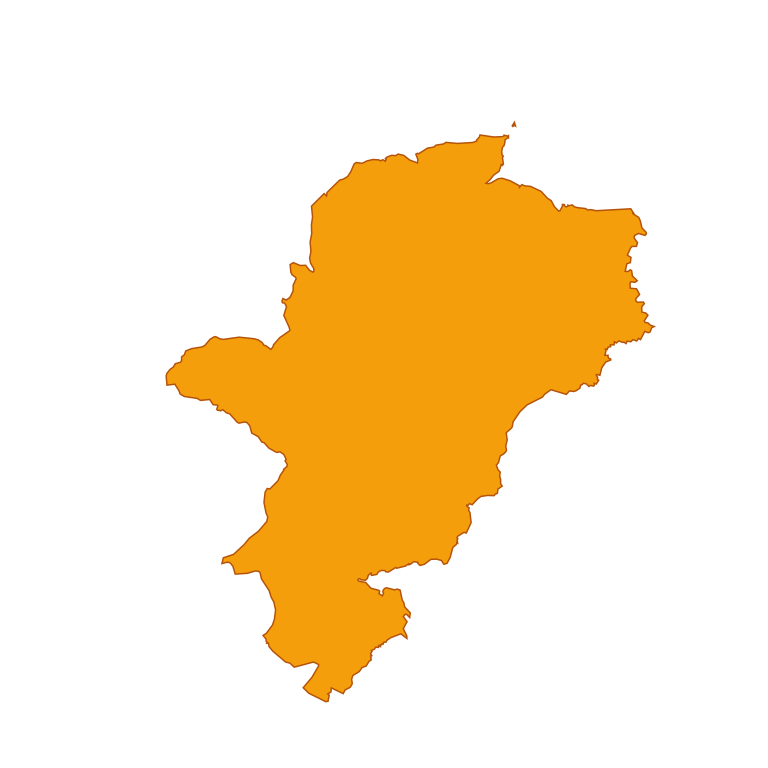 Moyamba, Southern, Sierra Leone, rotated 128°
{"feature_id": "65957751B35726846399821", "entity_name": "Moyamba", "entity_type": "district", "adm_level": 2, "iso_a3": "SLE", "parent_name": "Sierra Leone", "parent_adm1": "Southern", "projection": "orthographic", "projection_center": [-12.482, 8.03], "detail": "fine", "context": "isolated", "style": "filled", "palette": "amber", "viewbox_px": 768, "rotation_deg": 128, "n_neighbors": 0, "source": "geoboundaries", "source_scale": "gbopen_adm2", "svg_char_len": 6140}
<svg xmlns="http://www.w3.org/2000/svg" viewBox="0 0 768 768"><g transform="rotate(128 384 384)"><path d="M123.1,273.4L120.1,269.8L116.5,271.3L114.9,276.8L112.8,278.0L108.7,276.2L106.2,269.8L104.1,269.7L103.1,270.8L102.2,276.8L97.7,282.4L95.9,285.9L96.6,292.3L96.2,293.1L95.7,292.5L94.0,297.4L117.0,323.7L119.0,328.0L121.6,330.8L121.6,333.1L125.7,339.7L127.2,343.1L126.9,345.8L129.5,347.9L129.8,349.2L130.7,348.6L132.3,349.5L132.4,351.8L131.6,352.3L132.2,353.3L132.7,353.9L134.1,352.9L139.1,352.0L140.2,352.8L139.4,358.7L136.6,365.1L137.0,369.6L135.5,378.8L138.1,390.3L141.2,395.0L142.0,398.1L145.3,398.4L144.4,399.0L146.2,409.7L149.2,417.7L152.0,420.4L159.5,423.4L162.1,425.3L163.0,427.3L157.7,426.2L151.9,426.2L145.5,424.3L138.8,426.7L138.9,425.3L137.2,425.3L132.7,430.0L131.0,430.3L130.9,431.8L128.5,434.3L124.5,436.4L122.5,436.1L119.3,437.4L117.2,438.9L113.5,438.1L113.4,437.5L111.7,438.8L112.5,439.0L114.0,442.6L114.9,442.2L116.7,443.5L121.8,449.6L128.7,461.7L130.7,460.9L134.7,461.2L135.4,460.5L139.0,462.7L149.1,474.1L155.5,484.0L158.1,484.8L163.8,490.1L166.6,490.6L171.4,495.0L181.4,498.5L181.5,499.6L183.3,500.4L186.1,495.7L189.2,493.7L191.7,501.6L191.7,509.1L194.1,514.4L196.9,515.4L199.0,518.7L203.4,521.4L205.5,521.7L205.7,520.6L207.6,520.1L207.9,522.9L210.3,524.2L210.6,526.1L214.0,531.0L218.9,534.9L223.5,537.0L226.6,542.3L229.0,543.0L237.1,540.9L242.9,540.4L247.6,542.2L250.7,544.5L268.1,546.8L271.2,545.1L270.8,548.4L288.5,550.6L296.4,543.1L303.2,539.2L310.1,533.5L317.8,529.5L324.5,523.2L330.9,519.9L334.0,516.2L336.2,510.6L338.0,508.8L339.6,508.8L340.3,512.8L338.7,518.8L342.2,523.0L344.2,530.2L347.7,531.5L353.3,526.2L354.5,523.6L354.4,519.3L355.2,518.0L361.9,516.5L366.7,512.9L373.6,511.4L378.0,512.7L378.9,516.3L381.6,515.4L382.5,514.0L381.4,512.2L383.0,508.5L391.6,505.2L397.6,493.8L399.5,491.3L400.7,491.3L411.7,494.7L420.9,495.2L423.5,494.3L426.4,494.5L426.6,500.9L427.4,502.2L426.3,505.8L426.7,510.3L428.1,513.9L436.3,527.0L447.8,538.1L449.4,541.2L450.3,545.8L451.8,547.1L456.0,548.6L463.8,548.9L466.8,550.2L474.6,557.4L480.0,560.6L483.8,559.3L487.3,560.2L490.2,557.9L492.4,557.9L496.4,560.9L500.6,560.5L504.2,561.6L509.2,561.6L511.7,560.7L518.5,554.3L512.9,548.7L515.6,541.3L517.4,538.5L516.8,533.7L510.4,522.4L509.9,518.5L503.5,511.8L505.5,505.8L503.3,502.6L503.4,501.5L507.0,500.2L507.2,499.2L505.5,496.1L503.5,495.3L503.7,490.3L502.5,487.3L504.5,476.2L504.1,474.1L499.9,470.7L498.7,468.2L499.7,463.9L504.1,458.0L502.9,450.6L505.0,444.7L504.1,442.1L505.4,435.4L504.3,427.7L503.6,425.9L501.5,424.3L501.2,419.6L503.5,414.8L505.4,414.7L507.0,410.7L508.7,409.7L513.0,410.6L513.7,409.9L519.6,409.6L525.4,408.0L537.0,409.3L538.2,411.7L542.4,411.1L551.3,405.6L558.2,397.6L560.3,393.8L564.6,391.7L577.4,392.3L588.5,395.2L596.9,395.4L611.0,397.7L619.8,403.6L625.3,401.2L621.5,398.3L619.9,396.2L619.8,394.2L620.7,390.8L625.4,384.2L617.3,375.1L610.3,370.1L608.8,367.2L608.9,365.6L613.0,360.6L617.5,347.4L621.5,341.6L623.6,336.6L628.8,330.3L636.9,325.5L642.5,323.5L652.9,323.2L656.6,324.5L657.6,320.0L659.4,318.3L659.4,317.2L660.5,316.8L659.4,315.5L661.7,312.9L663.0,307.1L663.7,290.4L661.9,286.3L662.4,280.4L646.5,268.4L645.3,262.9L646.3,262.0L659.5,260.2L673.1,260.7L674.0,252.9L670.2,234.4L668.5,232.8L663.0,235.5L662.9,237.5L659.3,236.2L655.9,238.4L653.1,225.5L648.9,226.3L644.1,224.0L641.1,224.2L639.6,224.6L636.6,227.7L632.9,229.1L626.0,226.5L620.9,226.7L617.1,224.4L611.9,225.1L609.4,224.2L606.4,227.0L605.6,226.4L604.8,228.6L602.1,228.8L601.6,229.9L599.0,228.3L596.5,228.5L595.0,226.2L593.4,227.1L593.1,225.3L592.2,226.3L591.1,225.3L590.0,225.7L589.4,224.5L587.9,225.3L586.0,223.5L584.2,223.9L579.9,222.6L571.8,217.7L570.5,216.7L570.4,209.3L568.5,210.9L564.9,218.2L557.1,219.5L555.4,225.6L552.4,225.5L551.6,224.2L552.2,220.0L548.2,222.4L546.9,230.5L544.3,233.5L542.9,236.8L536.5,244.4L537.4,247.2L539.8,249.1L543.0,256.5L544.8,257.7L547.1,257.6L548.5,257.0L549.1,255.5L551.9,254.8L552.3,258.8L549.8,260.0L549.8,261.1L553.0,268.6L551.7,276.2L554.8,282.3L554.7,283.8L553.5,284.2L552.5,283.4L552.4,281.7L550.2,277.8L547.5,277.4L544.3,278.6L541.6,278.2L540.9,277.5L542.4,276.5L542.3,275.7L538.4,272.4L535.9,272.8L532.7,271.5L530.4,268.3L530.9,267.0L529.5,264.8L521.4,261.8L521.4,260.6L514.1,254.9L510.7,254.0L511.1,253.0L509.8,252.9L509.6,252.1L505.7,251.2L503.7,247.7L504.6,246.7L504.8,243.9L501.2,241.2L493.3,239.1L489.6,234.7L487.7,230.0L489.2,225.9L486.6,223.9L479.9,225.1L470.5,229.1L465.7,228.2L464.1,229.0L464.0,228.1L461.9,230.4L460.5,230.5L460.3,231.8L458.7,232.2L451.7,229.7L450.8,227.4L439.6,230.0L432.4,237.1L431.3,239.7L429.2,240.6L429.3,243.8L428.2,244.2L427.6,243.0L425.6,243.0L424.9,240.2L417.3,239.6L412.9,238.4L408.0,233.7L404.2,228.5L402.0,228.5L400.5,227.3L396.6,229.5L391.7,228.0L390.8,230.7L387.4,233.3L385.3,236.2L381.9,238.2L381.4,241.3L378.8,245.5L375.5,245.4L369.2,248.1L365.2,246.6L362.3,246.3L360.5,246.9L358.2,249.7L352.2,252.5L347.2,257.7L340.7,256.5L338.7,256.6L334.3,259.0L322.3,259.8L312.4,258.4L296.8,251.1L293.0,251.1L285.7,248.9L279.9,233.9L275.3,233.6L273.1,229.9L270.9,228.4L266.6,227.1L263.7,228.4L262.5,227.4L260.7,227.4L259.3,224.5L259.8,221.0L258.1,220.5L256.6,217.5L255.5,217.5L254.1,218.8L253.4,216.7L248.9,217.1L248.9,218.8L247.2,219.8L246.2,222.4L245.1,221.7L244.3,219.2L237.3,222.3L234.5,222.6L230.1,222.8L225.4,220.1L224.7,220.9L225.4,222.4L225.0,223.8L223.5,225.1L225.4,227.6L221.2,229.5L220.1,231.0L219.4,229.3L217.1,230.1L215.0,228.4L213.7,229.7L211.5,226.8L208.9,228.4L208.7,226.2L205.3,225.3L204.5,222.0L203.2,220.3L203.2,218.2L200.6,218.8L198.7,215.5L195.8,215.2L194.5,211.3L191.3,211.5L191.1,209.2L182.0,210.9L180.9,207.3L179.0,206.4L175.0,207.7L172.4,206.5L173.7,210.7L173.3,213.4L174.7,216.1L174.1,217.8L167.3,218.4L166.9,221.4L168.6,225.1L164.4,228.5L160.5,228.3L159.7,230.0L163.7,234.8L163.3,237.1L161.4,238.1L156.1,237.7L153.5,243.6L156.9,248.9L153.5,252.0L151.5,252.4L149.4,248.9L146.7,248.0L146.0,254.7L142.2,258.7L142.4,260.2L145.4,261.2L146.7,263.3L139.7,266.7L136.7,264.6L132.2,267.3L132.7,271.5L125.0,273.4L123.1,273.4ZM100.0,440.7L99.8,439.2L97.5,442.3L101.6,441.9L101.7,441.0L100.0,440.7Z" fill="#f59e0b" stroke="#b45309" stroke-width="1.5"/></g></svg>